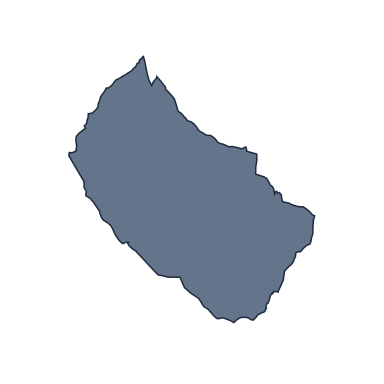 Iacobeni, Suceava, Romania (Natural Earth projection), rotated 59°
{"feature_id": "2599482B55221008009408", "entity_name": "Iacobeni", "entity_type": "district", "adm_level": 2, "iso_a3": "ROU", "parent_name": "Romania", "parent_adm1": "Suceava", "projection": "natural_earth1", "projection_center": [25.302, 47.433], "detail": "fine", "context": "isolated", "style": "filled", "palette": "slate", "viewbox_px": 384, "rotation_deg": 59, "n_neighbors": 0, "source": "geoboundaries", "source_scale": "gbopen_adm2", "svg_char_len": 5216}
<svg xmlns="http://www.w3.org/2000/svg" viewBox="0 0 384 384"><g transform="rotate(59 192 192)"><path d="M94.9,276.9L95.2,277.1L96.2,277.9L97.5,278.9L112.1,279.1L126.7,279.2L129.8,280.4L130.7,281.0L131.3,281.4L132.0,282.0L132.9,282.1L134.8,282.3L136.5,282.2L137.0,282.2L138.0,282.9L139.1,284.2L140.7,284.8L145.6,282.3L146.8,282.4L150.3,281.6L152.0,281.6L153.3,281.6L159.5,281.2L161.7,281.4L163.7,282.2L164.4,282.1L167.4,282.8L170.3,282.5L171.6,281.9L175.5,279.9L180.0,278.8L189.9,279.8L192.2,279.7L194.7,279.6L199.1,278.6L200.7,277.8L200.6,277.5L201.3,273.8L202.2,272.8L202.4,272.6L202.4,273.3L203.6,273.6L205.2,273.6L207.2,273.1L208.4,272.8L210.5,272.3L211.5,271.7L213.0,270.8L245.6,263.8L249.1,259.8L252.5,256.6L258.9,246.2L270.3,247.7L271.9,247.1L275.6,245.9L277.1,245.5L278.9,244.8L286.9,241.0L295.3,241.0L297.1,240.5L299.0,239.4L301.5,238.4L302.5,238.3L307.7,237.4L309.5,237.0L310.5,236.7L311.3,236.4L312.2,236.3L312.9,235.9L313.9,235.2L314.4,234.1L314.5,233.6L315.2,231.5L315.7,230.3L321.0,226.1L322.0,225.3L325.6,223.3L325.2,222.1L324.7,219.9L324.6,217.9L324.6,215.1L327.5,209.8L329.4,208.4L332.0,207.0L333.3,205.6L332.8,203.2L332.3,201.4L331.9,200.5L331.2,199.3L331.1,198.7L331.3,197.7L331.4,197.1L331.4,196.6L331.4,195.4L331.4,194.7L331.4,194.1L331.9,192.9L331.9,192.3L332.0,191.7L331.7,190.8L331.1,190.1L330.6,189.4L329.8,188.0L329.5,187.8L329.2,187.8L328.9,187.8L328.5,187.8L328.1,187.7L327.5,186.8L326.8,185.9L326.3,185.2L326.2,185.0L326.2,184.5L326.3,183.9L324.8,182.1L324.6,181.7L321.5,178.4L320.1,176.0L320.8,175.2L320.1,174.6L319.5,174.1L319.9,173.3L320.0,172.5L320.4,171.5L321.3,170.5L322.1,169.6L321.3,169.0L320.3,167.5L319.9,166.9L317.6,163.5L316.8,162.4L316.0,161.5L315.1,159.9L314.7,159.3L311.5,156.7L310.5,155.8L308.8,154.5L308.2,154.1L307.8,153.6L307.5,153.2L306.8,151.5L306.5,149.6L305.7,147.6L305.6,146.8L305.4,144.8L305.2,143.9L304.4,142.2L303.8,140.7L302.8,139.8L302.3,139.3L301.4,137.7L300.9,136.8L299.9,136.0L298.8,135.2L298.3,134.9L297.7,134.4L297.6,132.9L298.1,131.5L299.0,130.0L298.8,129.0L298.4,127.9L297.8,126.1L297.1,123.1L297.0,122.3L296.9,120.6L297.2,118.8L297.4,117.9L297.0,117.2L296.5,116.5L296.1,116.2L295.1,115.0L294.5,114.5L294.3,114.5L292.3,112.6L291.6,111.8L291.3,111.2L290.7,110.7L289.4,109.5L288.1,108.7L287.0,108.2L286.1,107.5L285.3,106.9L285.2,106.8L284.6,106.3L284.2,106.2L283.2,105.7L282.7,105.4L281.7,104.6L281.5,104.4L281.3,104.2L280.9,103.9L280.3,103.5L280.1,103.3L278.9,102.7L278.3,102.5L278.2,102.2L278.0,101.6L277.5,101.1L276.3,99.9L275.6,99.2L275.2,99.4L274.8,99.7L274.5,100.0L274.1,100.2L273.5,100.4L273.0,100.7L272.5,100.9L272.2,100.9L271.3,100.9L269.9,101.3L268.7,101.5L267.4,102.0L265.9,102.5L264.0,103.3L261.9,104.4L261.2,105.5L259.9,107.6L258.1,109.5L255.7,111.7L254.9,112.3L253.9,113.2L252.9,113.8L251.5,114.6L248.9,117.3L247.0,119.4L246.7,119.3L245.0,118.8L242.1,117.7L240.8,117.0L240.5,116.9L239.8,117.0L239.0,117.3L238.4,117.3L237.6,117.2L237.5,119.1L235.0,119.1L234.9,120.0L235.2,120.7L236.3,122.2L234.7,121.6L231.4,120.4L229.9,120.4L228.7,120.3L227.9,120.6L226.8,121.2L226.0,121.3L224.8,121.1L223.4,121.0L218.5,121.0L216.0,122.6L214.1,124.2L212.1,125.9L209.6,128.3L206.4,126.3L203.2,124.3L200.5,122.0L197.7,119.7L192.8,117.0L185.3,124.1L184.6,123.7L182.7,123.0L181.1,122.7L180.8,124.4L180.9,125.7L180.6,126.6L180.2,127.5L179.3,128.4L178.1,129.5L177.1,130.4L175.9,131.8L174.6,133.1L173.9,133.9L173.2,135.4L172.2,136.9L171.1,137.9L170.2,138.5L169.3,139.1L168.4,139.8L167.5,140.3L167.1,140.6L166.1,141.8L164.8,142.9L163.1,144.1L162.3,144.4L160.8,144.4L159.2,144.7L157.2,145.1L155.8,145.7L154.1,146.4L153.1,147.0L152.4,147.8L151.6,149.3L150.8,150.2L149.3,151.2L147.5,152.0L145.0,153.5L143.3,154.3L142.2,154.5L140.0,154.6L138.6,154.6L137.5,154.8L135.9,155.1L134.6,155.3L134.0,155.5L132.4,156.2L131.0,156.9L130.4,157.5L129.8,158.1L129.0,158.9L128.3,159.1L127.6,159.3L126.4,159.3L125.3,159.5L122.7,160.1L120.8,160.3L118.2,161.0L116.7,161.8L115.4,162.2L113.9,161.9L112.1,161.4L109.5,160.7L105.0,159.6L102.9,159.2L101.2,159.4L98.8,159.8L95.5,160.4L91.9,161.3L90.8,161.7L90.0,161.5L89.1,161.0L87.8,160.7L87.0,160.9L84.7,161.2L83.2,161.4L81.2,161.6L78.8,162.0L74.9,162.7L75.5,163.3L76.4,164.5L77.3,167.5L78.1,169.3L79.3,170.4L79.9,171.7L77.1,171.6L73.8,171.2L71.4,170.6L68.6,169.8L61.9,167.5L56.0,165.3L51.1,163.9L50.7,163.9L50.8,164.5L50.8,165.3L51.2,165.5L51.6,165.7L51.7,166.1L51.6,167.2L51.7,168.1L51.8,168.6L52.1,169.3L52.3,169.6L52.9,170.0L53.5,170.2L53.8,170.5L53.8,171.2L53.6,172.1L53.5,172.8L53.9,173.3L54.4,173.8L55.1,175.1L55.8,176.7L55.8,177.7L55.9,178.9L56.2,179.1L56.8,180.5L56.9,181.3L57.0,183.5L57.1,184.3L57.0,185.4L57.0,186.2L57.2,187.2L57.2,188.0L57.1,189.2L57.1,190.5L57.1,192.7L57.2,194.5L57.1,195.6L57.0,196.6L56.8,199.6L57.0,200.1L57.8,202.2L58.5,203.8L59.1,205.5L59.6,208.3L59.7,209.5L59.7,210.4L59.2,211.0L58.8,211.9L60.2,214.3L60.4,214.6L63.0,220.6L63.3,221.3L63.7,221.7L65.9,224.0L68.3,227.2L69.5,228.0L70.0,228.3L71.1,229.7L71.9,231.6L72.4,234.1L73.1,236.6L71.5,240.6L73.4,241.8L75.0,243.1L76.0,244.4L78.9,247.1L79.7,249.5L79.9,250.4L82.5,250.5L83.3,258.2L84.6,261.9L85.6,263.4L88.6,265.3L93.6,267.4L97.2,270.7L96.9,272.9L96.6,274.1L96.3,275.2L95.1,276.6L94.9,276.9Z" fill="#64748b" stroke="#1e293b" stroke-width="1.5"/></g></svg>